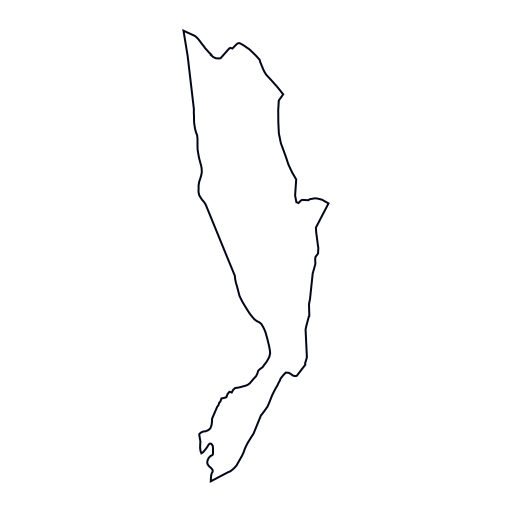 outline of Suwayr, Hajjah, Yemen
{"feature_id": "15242507B55132122842526", "entity_name": "Suwayr", "entity_type": "district", "adm_level": 2, "iso_a3": "YEM", "parent_name": "Yemen", "parent_adm1": "Hajjah", "projection": "equal_earth", "projection_center": [43.606, 16.062], "detail": "fine", "context": "isolated", "style": "outline", "palette": "ink", "viewbox_px": 512, "rotation_deg": 0, "n_neighbors": 0, "source": "geoboundaries", "source_scale": "gbopen_adm2", "svg_char_len": 3632}
<svg xmlns="http://www.w3.org/2000/svg" viewBox="0 0 512 512"><path d="M199.3,434.1L199.3,435.1L199.8,438.1L200.4,441.4L200.2,444.7L200.1,447.9L200.5,450.9L200.7,451.4L201.4,453.3L201.9,453.0L202.1,452.8L203.1,452.2L206.0,448.7L207.4,446.7L208.5,444.8L209.6,443.7L210.6,443.6L211.2,443.8L211.9,444.5L212.7,445.8L213.0,448.0L213.0,451.9L213.0,453.8L212.5,455.0L211.6,455.5L210.7,455.9L209.7,456.8L208.7,458.0L208.2,459.0L207.8,459.8L207.3,461.5L207.3,463.0L207.7,464.4L208.7,465.8L209.7,466.9L211.2,468.1L212.6,470.0L212.7,470.9L212.6,471.9L211.9,472.9L211.4,474.4L211.0,476.7L210.8,481.3L227.9,472.3L230.3,471.3L232.5,469.6L234.5,467.8L236.5,465.5L237.9,463.0L239.9,459.5L242.0,455.8L243.7,452.1L244.9,448.6L246.5,445.2L247.9,442.5L249.5,440.0L251.2,437.2L253.5,433.7L261.0,415.3L262.4,413.7L267.4,406.8L268.7,403.9L270.0,400.7L271.2,397.6L272.4,394.7L274.0,391.5L275.6,388.4L277.3,385.6L278.6,382.8L279.8,380.7L280.6,378.5L283.3,375.2L285.7,372.6L288.8,372.8L291.1,374.2L293.2,375.7L295.1,376.1L296.8,375.8L305.3,364.7L305.1,363.4L306.9,357.3L305.6,330.1L305.6,329.4L306.2,326.5L308.8,316.6L309.3,316.1L309.0,304.0L310.0,299.1L312.7,273.5L315.4,263.9L315.2,260.2L315.2,258.9L315.5,256.9L317.2,254.7L318.1,253.3L318.1,253.2L318.3,247.9L318.1,246.7L316.2,232.4L315.9,227.6L328.5,203.4L322.0,199.7L317.7,198.6L314.9,198.3L309.9,199.2L308.3,200.2L302.1,199.9L300.8,200.6L298.5,203.0L296.4,202.2L295.1,195.6L296.2,179.4L292.2,172.6L288.4,164.5L286.4,158.4L284.2,152.2L280.9,143.3L278.9,133.6L278.8,132.1L278.3,121.8L278.3,120.7L278.3,117.6L278.2,110.4L278.8,100.5L283.2,94.3L277.0,86.6L272.8,81.9L270.2,79.0L268.6,77.3L266.1,74.6L264.2,71.4L262.9,68.6L261.6,65.4L260.2,62.0L259.6,59.7L255.7,55.4L249.5,49.4L243.2,45.1L242.5,44.7L241.6,44.2L240.8,43.8L240.2,43.4L239.3,43.1L238.6,43.2L237.9,43.4L237.3,43.7L236.6,44.2L236.0,44.9L235.1,45.7L234.4,46.5L233.9,47.0L233.3,47.6L232.7,48.1L232.4,48.5L230.4,47.9L229.2,48.5L220.7,58.1L220.3,58.3L219.5,58.4L218.8,58.4L218.1,58.4L217.4,58.4L216.6,58.3L215.7,58.2L215.0,57.8L214.2,57.5L213.3,57.1L212.4,56.3L211.6,55.6L210.9,55.0L211.2,54.6L209.0,52.5L206.7,49.9L205.3,48.4L203.7,46.1L201.8,43.8L200.0,41.3L198.0,38.8L196.4,37.2L195.8,36.6L194.6,35.8L183.5,30.7L187.7,56.3L193.9,109.2L193.8,112.4L194.0,116.1L194.0,119.3L194.1,122.5L194.6,126.1L195.2,129.4L196.0,132.4L197.1,135.2L197.5,138.6L197.5,141.7L197.5,145.4L197.6,149.4L198.1,152.7L198.7,156.1L199.4,159.4L199.6,160.0L200.3,162.7L201.2,165.9L201.7,169.0L201.8,172.4L201.1,175.8L200.2,178.8L199.2,181.7L198.6,185.3L198.6,188.4L198.5,191.8L198.8,193.4L199.0,194.1L199.1,195.0L200.6,197.6L202.2,199.9L204.1,202.1L205.7,204.6L227.1,257.0L232.8,270.8L234.8,275.7L235.2,279.4L235.5,280.6L235.9,282.7L236.8,285.7L237.7,289.0L238.6,292.5L239.5,295.9L240.9,298.8L242.3,301.6L243.6,303.8L243.9,304.3L245.6,307.1L247.4,310.0L249.0,312.5L250.7,314.9L252.5,317.1L254.3,319.2L256.6,321.0L259.1,322.2L261.3,323.9L262.8,326.4L264.3,329.3L265.6,332.6L266.5,335.9L267.4,339.1L268.3,342.8L269.2,346.6L269.8,350.0L270.0,351.6L270.1,353.4L269.4,356.6L268.0,359.4L266.3,362.2L264.2,364.9L262.5,367.3L260.3,368.8L258.3,370.6L257.3,373.7L256.0,376.3L255.2,377.1L253.9,378.5L252.0,380.7L250.2,382.8L250.0,383.1L247.8,384.8L245.0,385.9L242.5,386.5L240.2,387.2L237.7,387.7L235.2,388.0L233.2,389.8L231.7,392.5L229.9,391.9L229.4,391.8L227.5,394.1L226.4,397.2L223.9,398.0L222.1,398.3L221.5,398.4L220.4,401.4L220.3,401.7L219.3,402.6L219.2,402.7L218.5,405.1L217.2,406.8L212.1,418.6L212.0,421.8L211.5,425.2L211.2,426.0L210.9,426.8L210.5,428.1L209.6,429.0L208.5,430.0L205.6,431.3L203.2,431.5L200.9,432.6L199.3,434.1Z" fill="none" stroke="#020617" stroke-width="2"/></svg>